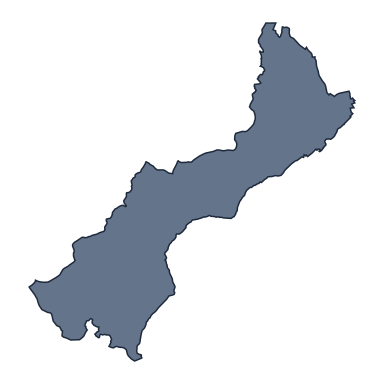 Tarcaia, Bihor, Romania (orthographic projection)
{"feature_id": "2599482B54145766653742", "entity_name": "Tarcaia", "entity_type": "district", "adm_level": 2, "iso_a3": "ROU", "parent_name": "Romania", "parent_adm1": "Bihor", "projection": "orthographic", "projection_center": [22.29, 46.58], "detail": "fine", "context": "isolated", "style": "filled", "palette": "slate", "viewbox_px": 384, "rotation_deg": 0, "n_neighbors": 0, "source": "geoboundaries", "source_scale": "gbopen_adm2", "svg_char_len": 5936}
<svg xmlns="http://www.w3.org/2000/svg" viewBox="0 0 384 384"><path d="M141.8,357.6L141.0,356.0L141.4,355.1L141.2,354.8L139.0,354.3L137.1,353.2L136.7,350.9L137.0,348.4L137.0,346.5L137.5,345.4L139.0,344.1L139.8,342.8L140.9,335.7L141.9,331.2L142.2,330.5L144.3,328.2L145.0,326.9L146.0,324.5L146.2,322.2L147.4,321.2L148.8,318.6L150.0,317.8L151.2,315.3L153.0,313.4L154.5,312.4L156.1,310.8L158.6,307.5L166.5,299.4L168.9,296.0L173.6,294.7L174.2,294.3L174.5,293.5L174.7,292.5L174.0,291.4L173.9,290.6L175.0,287.0L174.9,286.3L172.7,281.8L172.3,278.7L169.9,273.7L169.3,271.7L169.3,270.1L167.3,267.6L167.1,265.2L166.5,264.0L166.0,261.0L164.9,260.1L166.2,258.8L166.5,257.6L164.6,253.8L165.5,251.9L166.0,251.8L167.7,249.6L168.0,249.1L168.2,247.3L169.6,244.1L171.2,242.6L172.0,241.1L173.8,240.0L175.1,238.5L176.0,236.9L175.9,235.7L176.4,234.2L176.6,234.0L179.5,234.0L182.4,231.8L186.0,227.6L186.0,225.9L186.7,224.8L189.3,222.8L191.0,222.0L191.8,220.6L192.4,220.1L197.7,219.1L201.9,217.8L203.3,217.0L204.8,217.1L207.5,216.4L209.2,215.4L211.0,216.3L214.2,216.5L216.2,217.2L218.1,216.7L219.4,217.4L221.0,217.2L223.7,217.9L230.7,218.4L231.4,218.3L232.4,217.4L234.1,216.6L235.6,214.2L236.0,212.6L237.2,210.6L237.5,207.2L239.8,201.3L240.8,200.1L242.6,197.1L244.5,195.5L245.6,192.2L246.7,190.4L249.6,187.7L250.1,187.5L251.6,187.4L253.7,185.5L255.5,185.2L257.0,184.0L259.0,183.4L259.7,182.1L261.4,182.5L264.9,179.3L266.5,178.4L267.9,176.8L272.1,176.5L275.1,175.6L278.4,176.0L281.1,175.3L283.2,173.0L285.1,170.0L291.4,163.9L295.2,161.0L297.2,160.4L301.9,156.9L303.6,157.4L304.1,154.9L305.6,155.9L306.2,155.0L307.6,156.6L312.4,152.8L315.9,149.1L316.9,150.2L318.0,149.1L319.7,149.2L320.4,150.2L319.1,151.1L319.8,151.6L321.4,150.5L323.4,148.0L323.2,147.8L325.9,145.0L326.0,144.1L324.7,141.9L324.9,140.9L326.2,139.1L329.4,139.0L330.7,139.3L332.8,137.8L334.4,136.2L337.0,131.5L337.4,129.6L338.6,128.3L340.0,127.8L343.6,124.5L344.0,124.5L344.2,124.3L344.0,124.1L344.7,123.3L350.7,117.3L350.9,116.8L350.1,116.2L352.8,113.7L351.2,112.1L350.2,108.2L354.0,107.8L351.6,104.1L354.8,102.9L353.5,101.1L354.8,100.5L353.8,99.7L352.6,98.1L351.4,98.8L350.5,98.7L349.9,94.9L349.9,93.5L349.0,91.2L339.0,93.4L336.6,94.6L334.4,96.4L330.2,93.7L329.0,94.9L327.2,93.0L326.8,92.1L326.2,88.8L325.6,86.1L324.8,84.0L322.3,80.8L319.5,76.3L318.8,74.7L318.3,71.6L316.6,66.3L316.0,60.5L314.8,58.4L315.0,56.9L312.4,57.2L311.9,54.3L311.3,53.2L308.4,50.4L307.1,48.7L306.9,48.0L306.4,47.3L305.3,49.3L299.8,45.3L293.6,38.5L290.7,37.1L289.9,35.8L289.2,33.0L289.4,29.4L289.1,28.4L287.1,27.3L286.0,27.2L284.1,27.6L283.7,27.5L283.0,26.9L282.3,27.0L281.8,30.9L282.1,31.8L280.4,36.3L279.6,37.3L278.1,36.2L278.1,35.1L276.1,33.3L275.8,32.2L275.6,30.8L273.0,29.7L275.8,23.0L265.8,23.1L264.9,25.0L262.0,29.6L262.3,33.2L259.1,38.3L258.5,39.9L258.6,42.8L260.2,44.8L260.3,46.2L261.4,47.4L263.3,50.3L263.2,52.1L261.1,52.1L260.0,51.2L259.7,51.8L261.3,55.0L261.6,58.4L261.0,58.7L261.4,59.6L261.2,63.8L261.6,64.3L260.3,66.3L261.2,66.4L263.5,67.7L264.6,70.0L264.6,70.9L263.5,71.5L262.4,74.6L260.4,74.5L258.2,77.0L258.7,77.6L257.4,78.9L260.2,82.1L260.8,83.1L258.7,84.0L254.6,84.4L254.2,86.2L254.9,87.1L254.6,87.6L254.7,88.4L256.1,89.9L255.8,90.3L256.0,90.5L255.5,91.6L254.4,92.3L254.6,92.5L252.4,94.1L252.4,95.5L253.2,99.1L250.3,104.3L249.8,106.5L249.5,106.8L251.4,109.4L253.3,110.7L254.0,111.5L255.1,115.3L255.3,118.9L253.7,124.1L251.0,127.3L247.5,130.7L246.3,131.4L245.1,131.6L242.4,131.4L235.7,133.4L234.9,135.7L234.6,139.5L234.7,139.9L236.0,141.4L236.6,143.2L236.8,144.5L236.4,147.0L235.4,149.1L234.5,149.9L232.8,150.5L227.9,150.0L224.4,150.7L222.3,150.7L219.8,150.1L217.1,149.9L213.1,151.5L206.1,153.0L204.4,153.6L199.9,155.8L193.8,159.9L192.0,161.7L190.8,162.3L188.3,161.9L186.0,162.4L180.8,162.5L179.0,161.5L178.4,160.9L177.9,161.0L177.5,161.7L176.8,163.8L173.8,169.5L173.1,171.1L172.6,173.7L168.7,173.1L164.6,170.3L162.8,169.9L157.3,170.0L154.9,168.1L153.3,166.2L150.2,164.5L148.9,163.2L146.1,161.8L145.8,162.0L145.3,163.7L143.4,167.0L141.4,169.7L140.7,171.7L140.1,172.3L137.6,173.0L135.4,174.5L135.1,175.2L135.2,176.5L135.1,176.9L132.8,178.4L132.3,179.6L131.3,180.7L131.4,182.2L132.1,184.7L131.8,185.6L131.4,186.2L131.9,187.4L131.6,189.8L130.2,191.6L129.0,192.4L126.6,192.8L126.3,193.9L126.5,195.5L126.2,197.1L123.8,200.6L124.0,202.4L124.4,203.3L126.2,205.7L126.2,206.2L125.8,206.5L125.3,206.5L124.6,206.3L123.4,205.4L122.0,205.3L119.0,206.6L116.9,208.2L115.1,209.0L112.5,212.4L112.3,214.2L111.8,215.9L110.7,217.8L110.1,218.3L106.6,219.0L106.3,219.4L106.3,221.1L107.1,222.2L107.0,222.9L106.7,224.1L104.8,226.8L104.8,230.1L103.8,231.4L99.6,232.7L96.8,234.2L92.3,235.3L90.1,236.5L88.6,236.6L87.3,237.4L84.9,237.7L83.2,237.2L82.0,237.4L76.5,241.1L75.2,241.8L73.4,243.4L72.6,244.7L72.6,246.1L74.0,249.8L74.2,251.5L74.0,252.3L73.5,253.0L73.5,256.2L74.0,257.5L74.2,258.5L75.1,260.3L74.0,261.9L69.4,265.1L68.2,266.2L64.3,268.3L62.9,269.5L59.7,275.0L56.1,277.5L50.3,280.9L47.9,282.1L43.6,282.3L40.3,281.9L37.9,281.3L35.5,280.2L35.3,281.5L34.3,282.9L32.1,285.0L29.2,286.9L29.3,287.4L34.9,295.0L36.2,297.5L37.0,298.5L38.3,303.2L39.3,305.7L41.9,309.6L47.6,312.4L50.4,312.9L51.4,313.8L52.0,315.5L53.2,321.0L56.7,325.5L58.3,326.4L59.6,326.6L61.4,330.3L62.5,330.9L62.0,335.9L63.5,337.1L66.7,338.1L70.7,340.0L79.6,339.7L82.5,337.4L83.8,336.1L85.7,332.1L87.2,330.0L85.9,328.0L85.9,326.5L85.0,326.1L85.0,324.6L86.7,320.8L88.3,320.7L89.0,320.4L90.6,318.6L92.2,319.3L92.7,320.0L92.1,321.4L92.2,323.1L93.9,325.2L96.6,326.7L98.8,327.2L98.5,329.2L98.8,331.2L96.7,332.2L96.5,332.7L94.9,334.1L96.2,336.2L97.2,336.6L98.1,337.5L98.9,337.7L99.4,337.4L100.0,334.5L100.9,334.3L102.6,334.9L105.0,334.4L106.3,335.0L108.1,334.9L109.1,335.1L110.3,336.3L111.6,339.5L110.6,341.3L110.9,342.6L109.0,346.4L112.1,347.7L113.6,347.8L115.8,346.5L116.6,346.4L119.7,347.3L122.1,347.4L123.9,347.9L125.6,349.1L126.4,350.0L127.4,354.1L128.4,355.9L131.3,358.9L134.6,361.0L141.7,358.1L141.8,357.6Z" fill="#64748b" stroke="#1e293b" stroke-width="1.5"/></svg>